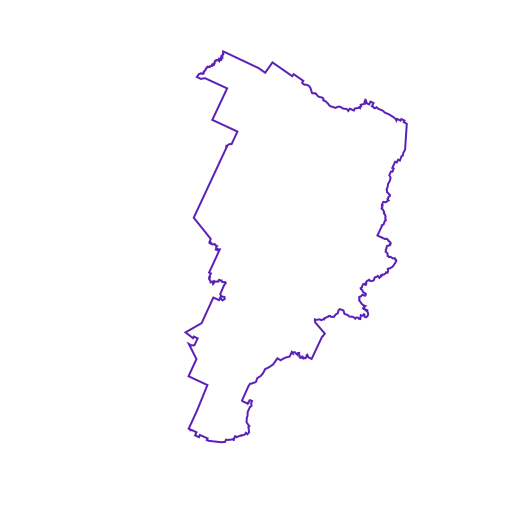 outline of Strathbogie, Victoria, Australia, rotated 295°
{"feature_id": "25037944B88873459559234", "entity_name": "Strathbogie", "entity_type": "district", "adm_level": 2, "iso_a3": "AUS", "parent_name": "Australia", "parent_adm1": "Victoria", "projection": "orthographic", "projection_center": [145.366, -36.724], "detail": "fine", "context": "isolated", "style": "outline", "palette": "violet", "viewbox_px": 512, "rotation_deg": 295, "n_neighbors": 0, "source": "geoboundaries", "source_scale": "gbopen_adm2", "svg_char_len": 6133}
<svg xmlns="http://www.w3.org/2000/svg" viewBox="0 0 512 512"><g transform="rotate(295 256 256)"><path d="M410.9,135.2L409.6,135.5L408.5,134.1L407.7,134.3L407.2,133.1L407.4,132.4L406.9,131.9L406.4,132.2L404.5,131.3L403.3,131.7L401.1,130.8L400.9,131.1L400.2,130.8L399.3,131.4L398.4,130.8L397.9,131.0L398.6,130.2L398.5,129.7L398.3,128.8L397.6,128.5L397.0,127.5L393.3,126.8L393.2,131.1L395.6,134.6L395.7,159.0L360.9,158.9L360.9,186.6L347.1,186.6L346.5,185.1L345.2,183.9L343.0,183.1L343.1,182.7L342.4,182.8L342.4,183.4L264.4,183.4L252.4,207.7L247.5,208.2L248.0,208.4L249.0,208.0L249.8,208.4L248.0,209.8L248.3,210.3L248.6,209.9L248.8,210.2L248.2,210.9L248.1,212.0L249.2,213.2L248.9,213.3L248.9,215.0L247.9,215.8L248.2,216.5L247.3,216.3L245.5,216.8L245.7,217.2L245.1,217.1L245.3,217.5L244.9,218.4L245.2,219.4L246.1,218.9L246.7,220.4L221.1,220.5L221.1,222.5L217.3,222.5L217.4,223.2L216.9,223.4L215.7,223.0L214.9,223.7L214.6,224.8L212.9,226.0L213.8,227.1L214.7,227.5L215.3,228.4L214.5,228.6L213.5,228.1L212.5,228.9L215.5,229.7L216.8,232.5L218.5,232.4L218.9,232.9L218.5,233.9L219.3,235.1L218.3,236.0L218.2,236.7L219.3,238.9L219.3,239.5L218.7,240.0L215.9,239.4L206.3,239.7L204.8,242.1L205.6,244.7L203.8,245.8L201.6,244.4L202.3,242.7L203.5,241.2L200.4,241.3L200.3,234.9L172.2,235.1L157.0,224.4L154.9,233.7L156.7,233.7L156.7,237.9L149.1,237.9L147.7,235.3L147.9,232.3L137.4,245.6L118.5,245.7L118.5,266.5L90.8,267.9L71.0,268.0L71.1,269.6L70.3,270.3L71.1,271.2L71.1,276.6L67.7,276.6L67.7,280.9L70.1,280.7L70.2,289.2L68.4,289.2L68.6,291.6L72.6,303.4L74.4,306.5L76.9,306.5L77.3,308.0L79.6,311.9L80.5,312.6L79.9,313.5L80.1,313.7L80.6,313.2L83.9,313.2L83.9,314.8L83.6,315.0L87.2,318.3L86.9,318.6L89.3,321.2L91.5,321.6L90.8,323.5L92.9,324.2L93.4,324.2L98.0,321.3L98.9,321.9L101.3,317.7L105.7,316.0L107.5,315.9L111.1,314.4L116.5,314.3L117.9,315.2L118.8,315.0L120.6,313.8L122.9,313.7L122.9,311.6L122.4,311.1L119.9,311.3L119.1,311.1L119.6,310.7L119.4,310.4L118.7,310.6L118.7,305.0L119.1,304.4L134.9,304.2L137.7,304.6L138.3,305.7L141.6,309.0L142.9,309.2L144.5,308.8L146.2,308.9L148.9,310.8L152.6,311.9L157.4,312.1L160.8,314.9L165.1,317.4L172.3,318.6L171.9,322.3L175.8,325.1L179.2,329.0L183.5,329.0L182.9,329.6L183.0,330.4L183.9,329.2L184.2,329.4L183.9,330.4L184.8,331.0L185.2,332.3L184.5,333.2L184.8,334.3L184.2,334.7L184.0,335.2L185.8,335.1L186.4,336.1L185.1,336.4L184.3,337.6L183.0,337.8L182.4,339.1L183.0,340.1L184.1,340.0L184.5,340.3L184.5,340.7L183.0,342.1L183.2,342.5L184.1,342.6L184.3,344.1L186.2,344.3L187.5,343.8L188.2,344.2L186.4,346.1L186.2,349.9L210.9,350.0L211.9,350.6L214.8,351.1L220.7,338.0L221.6,337.1L223.4,336.2L223.4,337.3L225.5,340.5L225.5,342.5L227.5,344.0L227.5,344.5L228.3,344.2L229.6,345.5L230.5,345.9L231.4,347.0L232.3,347.3L233.0,348.5L232.5,349.6L233.6,352.1L234.2,352.6L235.0,352.4L237.1,353.2L238.6,354.3L241.9,353.8L243.3,354.4L243.6,358.2L242.1,359.7L241.2,360.2L241.0,360.8L241.2,364.2L240.6,366.1L241.7,369.3L241.7,371.3L241.2,372.5L242.5,372.9L242.8,373.3L243.3,374.9L242.6,375.9L243.0,377.2L246.7,376.0L246.9,377.8L248.8,378.4L248.8,379.0L247.0,379.9L246.7,380.8L247.2,381.9L249.2,382.5L250.3,382.4L251.6,381.6L252.5,380.8L252.7,379.9L253.9,379.8L253.8,379.0L253.1,378.1L254.2,376.8L254.1,376.2L253.6,376.0L253.8,375.2L254.7,375.1L256.9,376.2L256.7,374.7L257.0,372.7L259.6,368.0L261.1,367.9L261.9,367.0L262.7,367.0L263.8,368.2L265.9,368.8L266.0,371.6L267.4,371.9L268.2,371.5L268.5,368.6L270.0,366.5L270.5,364.9L271.1,364.4L272.3,365.2L273.8,364.9L276.1,365.2L276.4,365.7L276.1,367.4L276.4,367.9L277.7,367.6L278.5,366.8L280.7,367.3L281.1,368.1L282.3,368.6L281.8,369.7L281.8,370.7L283.0,372.5L284.5,373.1L286.0,372.6L287.4,373.1L287.9,374.0L289.4,374.8L288.3,377.1L290.0,377.7L291.3,377.3L291.7,377.7L291.4,378.3L292.7,378.5L293.1,379.7L295.1,380.8L296.2,380.8L296.1,381.9L296.4,382.2L297.5,382.3L299.3,381.6L300.1,380.9L301.7,382.8L304.2,384.4L309.3,385.2L311.2,385.1L311.7,384.4L311.5,383.9L312.7,382.8L311.6,381.0L312.1,378.2L311.4,377.5L311.2,376.8L311.8,376.0L311.7,375.3L314.1,373.9L314.7,371.7L315.9,371.5L316.5,370.9L317.8,371.1L320.1,370.4L320.7,370.6L321.5,372.1L322.9,372.9L323.2,372.3L324.5,372.7L324.9,372.4L325.6,370.8L325.5,369.9L326.1,369.4L326.9,367.2L325.9,366.0L325.9,357.4L336.3,357.4L337.0,357.0L338.4,358.3L342.3,357.9L343.3,358.6L345.1,357.0L346.5,356.8L348.0,355.5L348.1,354.8L349.0,353.7L349.8,353.8L351.8,351.3L351.9,349.9L352.3,349.6L353.5,349.9L354.5,349.0L355.4,349.3L355.6,348.5L358.4,348.4L359.0,348.8L359.4,350.8L362.4,352.6L362.6,351.5L363.5,351.1L363.8,351.4L365.7,351.1L366.7,351.9L367.9,351.7L369.3,347.7L370.9,346.9L371.4,346.2L374.4,346.1L377.0,345.2L380.0,345.5L382.3,345.3L383.9,344.8L385.6,342.6L389.7,342.7L390.1,344.0L393.3,343.9L393.7,343.1L393.5,342.3L400.3,342.3L400.4,344.1L403.3,344.1L403.3,346.1L407.9,345.7L409.1,346.6L411.8,345.9L415.3,346.2L439.5,336.8L439.8,333.3L441.5,333.3L441.5,329.8L439.8,329.8L439.9,326.0L438.1,326.0L439.1,324.9L439.9,322.1L440.6,316.5L440.4,312.2L441.3,309.5L441.1,304.3L441.8,302.4L440.1,301.3L440.0,300.7L440.8,298.7L440.7,297.8L444.3,297.8L444.3,294.5L441.2,294.5L441.2,291.9L443.6,289.8L443.8,289.1L441.4,289.2L440.0,290.3L437.3,287.0L435.9,288.1L434.8,286.8L434.0,287.5L434.0,286.9L431.4,283.2L429.2,283.2L429.2,278.9L426.5,278.3L427.4,277.0L427.4,275.6L426.4,272.7L426.9,269.2L425.8,267.0L423.9,265.6L423.6,264.0L423.8,263.3L423.2,261.2L423.4,258.9L424.5,257.0L425.7,253.5L425.5,251.4L425.6,251.0L427.0,250.7L427.6,249.3L426.9,246.1L427.0,244.6L428.5,241.6L428.2,241.1L428.5,240.7L427.3,238.5L427.4,237.9L431.6,234.0L432.5,232.0L432.7,231.3L432.3,228.6L431.8,227.8L431.8,226.1L432.7,224.5L434.7,224.9L436.7,213.3L434.3,212.9L438.4,189.1L426.0,186.9L427.4,178.8L427.6,139.7L427.3,139.7L427.1,140.5L425.8,140.3L425.0,141.1L424.0,140.7L423.5,140.9L423.5,140.5L422.6,140.5L422.4,140.1L421.9,140.3L421.5,141.3L421.1,140.6L420.4,141.3L420.0,140.7L419.7,141.6L419.2,141.7L418.4,141.0L418.4,140.3L417.3,140.3L418.2,139.1L417.3,139.2L416.9,137.4L416.1,137.2L416.1,136.7L414.9,136.4L413.2,137.1L412.6,136.4L411.7,137.2L411.1,136.8L411.9,136.7L411.9,136.3L411.2,136.1L411.3,135.6L410.9,135.2Z" fill="none" stroke="#5b21b6" stroke-width="2"/></g></svg>